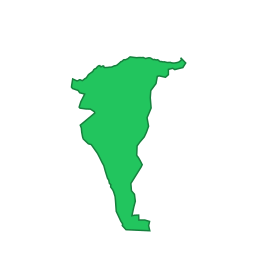 the district of Krowor Municipal, Greater Accra, Ghana, rotated 212°
{"feature_id": "2480657B96734395613726", "entity_name": "Krowor Municipal", "entity_type": "district", "adm_level": 2, "iso_a3": "GHA", "parent_name": "Ghana", "parent_adm1": "Greater Accra", "projection": "equal_earth", "projection_center": [-0.085, 5.613], "detail": "fine", "context": "isolated", "style": "filled", "palette": "green", "viewbox_px": 256, "rotation_deg": 212, "n_neighbors": 0, "source": "geoboundaries", "source_scale": "gbopen_adm2", "svg_char_len": 2160}
<svg xmlns="http://www.w3.org/2000/svg" viewBox="0 0 256 256"><g transform="rotate(212 128 128)"><path d="M55.1,52.4L58.8,56.1L60.2,60.2L64.9,58.9L70.0,55.7L72.8,59.8L76.2,57.5L78.2,55.7L81.3,64.3L83.0,69.8L87.4,75.2L91.8,76.6L96.2,82.5L96.2,87.1L96.2,91.6L96.2,101.7L96.5,104.4L100.3,106.7L103.7,108.5L106.1,109.4L110.8,117.6L110.5,122.2L109.5,129.0L110.1,134.0L111.5,140.4L117.3,146.8L118.0,151.3L119.0,157.2L125.1,165.4L128.5,171.8L127.8,180.5L130.5,187.3L129.2,188.7L123.1,190.9L122.0,194.6L124.8,199.1L121.7,202.3L119.3,202.3L116.3,205.5L113.5,208.3L113.5,213.7L119.9,215.3L119.9,214.9L119.5,214.7L118.9,214.8L118.6,214.3L118.9,213.6L119.3,212.2L120.0,210.6L121.9,208.7L123.2,207.6L124.2,207.0L125.8,206.3L126.9,206.1L129.5,204.3L132.2,203.4L132.9,202.9L133.6,202.5L135.1,202.0L135.9,201.4L136.8,201.3L138.1,201.7L138.4,201.5L139.2,201.5L139.9,200.8L140.5,200.6L140.9,200.4L141.3,200.2L141.9,200.2L142.1,200.1L142.4,199.7L142.9,199.3L144.6,199.3L145.9,199.3L147.0,198.9L147.9,198.3L148.9,197.3L149.8,196.3L150.4,196.1L152.4,195.9L154.1,194.7L155.1,194.2L156.9,193.0L157.7,192.3L163.9,189.4L164.6,187.6L164.7,186.9L166.0,185.0L166.5,184.4L167.3,184.0L167.9,183.4L168.2,181.9L168.7,181.0L169.2,180.4L169.6,178.8L170.0,177.5L170.7,175.4L171.6,174.2L172.6,173.4L173.9,171.4L174.6,170.6L175.5,170.1L177.6,168.4L179.8,166.9L180.5,166.8L181.3,167.6L182.0,167.5L183.4,165.5L184.1,165.5L184.9,166.0L185.7,165.4L186.1,164.7L186.5,163.3L186.6,161.8L187.6,160.3L187.9,159.4L187.9,158.7L187.8,157.3L189.3,153.7L189.8,152.3L189.9,148.5L190.9,146.6L191.2,145.4L191.9,143.9L193.7,143.6L194.3,143.5L194.7,143.2L195.4,141.8L196.2,140.9L200.9,140.3L198.4,134.4L197.6,132.7L195.9,132.1L192.8,132.8L190.2,133.4L187.6,132.3L182.7,133.8L181.9,125.2L180.5,119.8L179.3,119.4L173.9,121.8L169.9,124.1L165.2,124.0L164.1,123.1L170.0,105.1L167.6,103.3L165.0,99.9L161.7,96.3L160.1,95.0L153.2,93.6L150.4,94.5L140.4,90.3L137.0,88.3L131.5,84.9L128.6,83.3L124.5,79.5L118.7,74.5L116.7,73.6L114.3,71.1L112.6,70.9L111.5,68.8L108.4,67.6L106.5,66.4L102.6,63.0L100.0,59.6L93.8,51.1L84.7,45.2L81.7,43.8L81.1,42.2L75.8,40.7L55.1,52.4Z" fill="#22c55e" stroke="#15803d" stroke-width="1.5"/></g></svg>